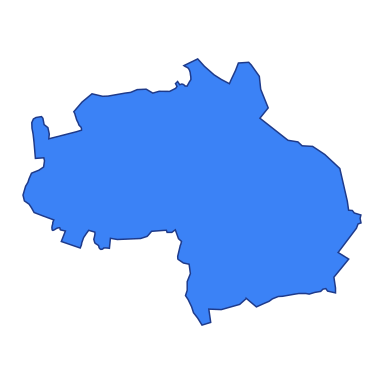 the district of Bagwai, Kano, Nigeria
{"feature_id": "59680162B58679994750141", "entity_name": "Bagwai", "entity_type": "district", "adm_level": 2, "iso_a3": "NGA", "parent_name": "Nigeria", "parent_adm1": "Kano", "projection": "mercator", "projection_center": [8.095, 12.101], "detail": "fine", "context": "isolated", "style": "filled", "palette": "blue", "viewbox_px": 384, "rotation_deg": 0, "n_neighbors": 0, "source": "geoboundaries", "source_scale": "gbopen_adm2", "svg_char_len": 2479}
<svg xmlns="http://www.w3.org/2000/svg" viewBox="0 0 384 384"><path d="M210.7,322.3L208.8,309.1L221.3,309.6L239.7,304.4L246.3,298.5L246.3,298.4L256.4,306.9L263.7,303.6L269.1,301.3L272.5,298.8L278.3,296.5L282.5,296.3L294.9,294.1L298.8,293.5L305.9,293.5L309.2,294.1L314.8,292.4L320.7,291.4L322.9,289.2L325.8,288.6L327.6,291.1L335.5,292.9L335.5,288.0L333.9,277.2L348.7,259.1L338.1,252.5L356.4,228.3L358.0,224.0L361.0,222.9L360.1,218.4L360.9,215.0L354.3,213.0L352.3,210.5L348.6,210.2L347.3,201.1L339.8,168.5L324.8,154.5L312.6,146.4L302.1,145.8L297.9,141.9L288.0,140.3L259.9,118.2L268.2,107.9L260.7,89.3L259.3,76.3L251.2,64.9L248.7,62.3L238.4,63.0L235.5,70.5L231.1,79.8L229.4,83.7L221.2,79.4L214.0,74.8L204.4,66.3L197.7,58.9L183.9,65.6L185.2,66.5L186.8,67.2L188.4,68.3L189.5,70.3L190.2,72.5L190.5,75.0L190.8,76.7L190.9,79.6L189.5,81.7L187.1,86.1L185.0,86.0L183.7,84.6L181.9,84.0L179.7,84.7L177.6,81.5L175.5,83.6L177.0,86.4L175.7,88.3L169.6,91.4L159.1,91.3L152.8,93.1L146.2,89.2L137.2,89.6L130.6,92.4L125.1,93.1L108.0,96.1L102.6,96.3L92.0,93.8L82.1,102.0L73.8,111.7L74.8,113.6L75.4,115.8L75.9,117.2L76.4,119.1L77.1,120.8L78.1,122.7L78.9,125.0L80.0,126.2L81.1,127.3L81.5,128.7L81.5,130.2L76.2,131.8L48.8,138.8L49.0,136.6L49.3,134.2L47.9,127.6L44.1,124.6L42.9,118.3L41.5,116.6L36.0,117.5L33.4,119.0L31.8,122.6L32.0,128.3L32.9,132.9L33.2,134.9L34.0,142.1L35.4,158.4L43.8,157.8L44.5,160.8L43.6,167.0L38.9,170.2L33.4,172.4L31.5,173.2L29.1,178.7L27.9,182.4L25.6,186.2L23.0,195.1L24.4,200.9L29.1,204.2L31.6,208.0L34.1,212.5L43.4,216.1L53.8,219.9L52.8,222.4L52.7,224.0L52.1,226.0L51.9,227.5L52.1,229.6L52.3,230.1L52.9,230.4L53.9,230.0L54.7,229.6L55.9,228.8L57.3,228.1L58.2,227.9L59.2,227.7L59.6,227.7L60.0,228.1L60.1,228.7L60.2,229.6L60.5,229.9L61.0,230.0L65.4,231.0L61.3,241.5L80.2,248.0L81.4,245.0L81.8,242.7L83.6,237.6L86.5,233.3L88.7,230.3L94.8,232.1L95.0,233.9L94.5,236.5L93.8,239.3L94.4,241.5L94.9,243.0L96.2,244.0L97.7,244.9L98.7,245.9L99.1,247.7L99.8,248.7L100.9,249.4L102.6,249.1L103.6,248.1L105.1,247.9L107.1,248.0L109.4,248.3L110.4,238.3L117.4,239.5L140.6,238.5L147.1,236.4L148.0,235.5L151.6,231.3L163.6,230.4L165.6,230.3L166.4,230.3L167.1,232.4L171.8,232.4L175.3,229.8L178.5,238.7L181.5,241.4L180.9,244.0L180.3,245.4L177.7,256.3L177.8,258.5L178.1,259.4L183.4,263.0L189.1,264.2L190.4,273.6L187.2,281.6L187.2,290.3L185.5,295.6L188.1,299.5L191.6,306.8L193.5,312.7L197.7,318.1L201.7,324.6L202.0,325.1L210.7,322.4L210.7,322.3Z" fill="#3b82f6" stroke="#1e3a8a" stroke-width="1.5"/></svg>